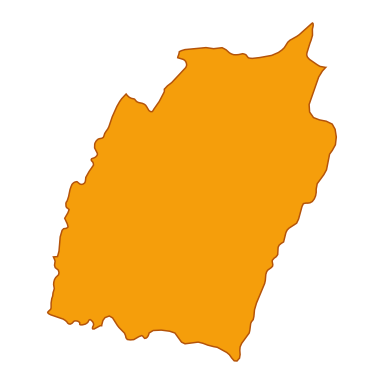 an SVG outline of Manipur
{"feature_id": "IND-2478", "entity_name": "Manipur", "entity_type": "State", "adm_level": 1, "iso_a3": "IND", "parent_name": "India", "parent_adm1": "", "projection": "mercator", "projection_center": [93.694, 24.765], "detail": "fine", "context": "isolated", "style": "filled", "palette": "amber", "viewbox_px": 384, "rotation_deg": 0, "n_neighbors": 0, "source": "natural_earth", "source_scale": "10m", "svg_char_len": 3809}
<svg xmlns="http://www.w3.org/2000/svg" viewBox="0 0 384 384"><path d="M325.7,67.4L322.4,71.0L318.7,77.0L309.1,104.5L309.6,112.0L313.5,117.6L319.5,119.9L326.2,121.2L332.2,124.1L335.1,129.3L336.3,137.0L335.4,144.8L332.3,150.4L329.6,154.1L326.5,169.8L323.8,174.7L317.2,183.7L316.2,189.1L316.2,192.4L315.6,195.8L314.3,198.9L312.3,201.5L310.0,202.8L307.9,203.1L305.9,203.1L303.4,203.6L302.0,206.5L298.6,219.0L296.6,223.2L289.1,228.1L287.2,230.0L285.9,232.6L283.6,241.9L281.1,243.5L279.2,245.1L278.1,247.3L277.7,254.6L276.2,256.7L274.1,258.2L272.3,260.3L272.2,261.4L272.8,264.6L272.6,266.1L271.4,267.5L267.9,270.0L266.7,271.6L265.8,274.5L265.3,280.6L264.6,283.6L256.5,303.0L254.5,309.8L253.9,316.4L253.2,319.6L251.5,321.7L250.7,323.4L249.8,330.4L249.2,333.0L241.7,343.3L240.1,346.9L239.8,350.5L240.1,354.5L239.5,358.2L239.0,358.7L237.0,361.0L234.2,360.8L231.8,358.1L229.4,354.7L226.8,352.5L217.3,347.3L213.5,346.6L207.7,345.1L203.0,343.3L198.2,342.1L185.0,343.8L181.5,342.1L174.9,333.0L169.6,331.2L161.2,330.1L153.2,330.5L149.1,333.0L148.7,334.5L148.1,335.9L147.3,337.1L146.3,338.0L144.7,338.4L143.7,337.4L142.8,336.2L141.7,335.6L139.0,336.6L133.8,339.6L130.3,339.9L127.3,339.5L126.0,337.8L125.5,335.5L124.4,333.0L119.0,327.5L117.3,325.3L112.6,317.9L109.3,316.0L105.0,317.6L102.9,320.5L101.8,324.7L101.7,325.7L100.2,325.7L94.1,329.0L92.7,328.9L92.4,328.1L92.7,326.9L93.3,325.7L93.6,324.6L93.4,323.2L92.7,321.8L91.0,320.1L90.1,319.6L89.2,319.9L88.6,320.8L87.9,322.2L86.8,323.2L85.3,324.1L82.6,324.8L81.0,324.9L80.1,324.7L79.7,324.2L79.7,323.7L79.8,322.9L79.3,322.2L77.8,321.2L76.0,320.9L74.8,320.9L73.9,321.3L72.0,323.3L70.4,324.1L69.0,324.0L67.7,323.1L66.9,321.9L65.4,320.5L63.2,319.1L50.7,314.8L48.8,313.8L48.0,313.1L47.7,312.3L48.2,311.6L49.1,310.7L49.9,310.0L50.7,309.2L51.0,308.3L51.1,307.1L51.1,303.0L51.8,298.5L52.6,296.3L52.8,295.1L53.0,293.0L54.0,289.7L54.3,288.5L53.6,284.5L53.8,282.2L54.5,279.6L55.7,277.5L58.5,274.8L59.0,272.7L58.3,270.1L55.2,267.6L54.5,265.2L55.1,261.1L54.5,259.4L53.4,256.9L57.5,256.6L59.0,251.1L60.2,236.9L62.1,230.3L63.7,228.7L66.5,228.3L68.1,226.9L67.3,223.9L64.7,218.3L67.9,212.8L69.1,209.6L67.6,208.2L66.6,207.6L66.0,206.2L65.9,203.2L66.4,201.9L66.9,201.4L67.6,199.6L68.6,196.5L70.0,189.7L71.0,186.7L72.0,184.4L72.8,183.5L73.9,182.6L74.6,182.2L76.0,181.8L76.5,181.7L77.0,181.7L77.4,182.0L79.3,183.6L80.3,184.2L81.5,184.4L82.8,184.2L84.5,183.1L85.2,181.8L85.5,180.3L85.8,177.4L89.1,171.5L93.5,165.1L93.2,162.8L92.7,162.0L91.4,160.6L91.2,159.6L91.6,158.8L92.4,158.4L93.2,158.2L94.2,157.8L95.5,157.1L97.0,155.5L97.4,154.4L97.3,153.2L94.6,147.9L94.7,144.1L95.1,142.9L96.1,141.1L97.1,140.0L98.2,139.1L99.3,138.7L102.0,138.2L103.3,137.4L104.0,135.8L104.7,133.5L106.0,131.4L107.8,128.9L108.9,126.7L112.2,116.9L116.9,106.4L119.7,101.5L121.7,98.7L126.1,94.0L127.3,95.5L128.9,97.0L130.0,97.7L131.3,98.3L132.5,98.6L133.5,98.8L134.3,99.0L134.7,99.3L136.0,100.9L137.0,101.8L138.5,102.5L142.2,103.3L144.1,104.1L145.6,105.2L146.7,106.8L148.9,110.5L150.5,111.6L152.0,111.7L153.0,110.7L153.7,109.4L159.3,101.4L164.3,91.8L164.4,90.0L164.3,89.2L167.5,85.8L171.7,82.6L185.8,67.5L186.6,65.5L186.6,64.4L186.3,62.9L185.6,61.4L184.6,60.2L183.2,59.4L178.0,57.8L177.7,57.7L177.8,57.0L178.7,54.6L179.1,53.0L179.3,51.7L181.3,50.7L184.9,49.6L206.0,47.6L213.6,48.7L217.0,48.3L222.1,47.7L224.3,48.8L226.2,49.9L229.5,52.9L231.6,54.0L233.6,54.7L235.9,54.8L238.6,54.6L242.7,53.7L244.8,54.2L246.2,55.0L247.1,56.3L248.1,57.5L248.3,57.7L248.7,57.9L250.0,58.2L252.4,58.4L259.5,57.6L271.7,55.4L278.4,52.5L281.9,50.0L284.3,47.7L287.8,42.2L290.0,40.2L296.8,36.4L299.1,34.8L311.5,23.7L312.4,23.0L313.0,23.4L313.2,25.1L313.0,26.6L312.4,29.1L312.5,35.2L311.1,40.1L309.9,43.3L306.9,53.0L306.7,55.1L307.5,57.2L309.5,59.4L317.3,64.8L320.0,66.4L325.6,67.4L325.7,67.4Z" fill="#f59e0b" stroke="#b45309" stroke-width="1.5"/></svg>